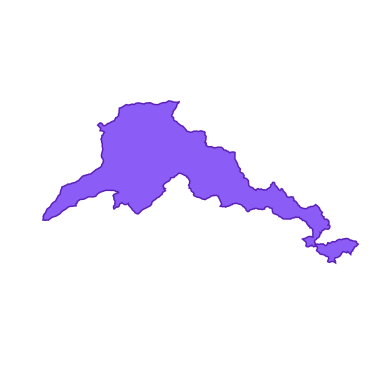 Condesuyos, Arequipa, Peru, rotated 78°
{"feature_id": "86281439B62702709218494", "entity_name": "Condesuyos", "entity_type": "district", "adm_level": 2, "iso_a3": "PER", "parent_name": "Peru", "parent_adm1": "Arequipa", "projection": "robinson", "projection_center": [-72.507, -15.547], "detail": "fine", "context": "isolated", "style": "filled", "palette": "violet", "viewbox_px": 384, "rotation_deg": 78, "n_neighbors": 0, "source": "geoboundaries", "source_scale": "gbopen_adm2", "svg_char_len": 5984}
<svg xmlns="http://www.w3.org/2000/svg" viewBox="0 0 384 384"><g transform="rotate(78 192 192)"><path d="M189.7,338.5L187.6,334.0L187.3,330.0L185.9,325.9L183.8,322.9L182.6,319.4L180.7,315.5L181.4,308.2L179.4,308.0L178.9,306.7L177.6,306.1L176.1,303.3L176.5,299.0L175.2,294.3L176.2,289.9L176.2,287.1L174.3,285.0L173.2,282.3L172.4,276.0L174.1,268.5L174.8,266.8L175.7,266.5L176.2,264.4L176.9,264.0L177.4,263.9L178.1,268.8L179.3,270.0L179.7,269.5L183.0,269.8L185.6,269.1L187.2,269.9L188.3,269.9L189.5,271.6L191.1,272.1L192.4,271.8L190.8,268.6L191.3,268.0L191.0,266.6L188.6,265.0L188.2,263.1L187.8,262.6L190.2,260.8L190.6,258.8L189.9,256.5L191.8,256.7L195.9,254.3L196.9,254.2L199.0,252.5L200.5,252.0L201.9,250.2L202.2,249.0L199.1,244.3L196.8,235.6L195.6,234.1L193.9,233.5L192.4,231.5L191.7,229.3L190.5,227.7L190.0,225.1L188.3,222.7L188.3,221.9L186.3,220.8L185.2,217.7L183.8,218.6L183.1,217.4L182.1,219.0L181.3,218.6L180.1,219.2L178.5,217.7L177.1,214.8L176.6,212.3L174.9,210.4L173.7,209.9L174.0,206.3L172.9,205.4L172.7,204.0L170.9,201.2L171.6,198.8L175.7,193.8L176.7,193.9L177.7,192.7L179.3,192.5L180.0,191.8L183.2,192.6L184.6,194.0L186.3,193.4L187.7,194.0L188.4,192.6L191.0,192.5L193.0,190.6L194.0,190.3L194.9,191.1L196.0,190.8L198.0,188.2L199.4,185.0L200.9,183.6L202.2,180.5L201.1,178.0L201.0,176.1L199.9,174.0L200.0,172.7L199.7,171.7L200.2,171.3L200.0,170.4L200.5,168.5L201.6,167.3L209.0,165.6L210.3,165.7L211.9,167.3L212.2,165.8L212.7,165.5L213.0,162.7L213.8,162.4L213.2,160.4L213.5,159.8L213.0,156.9L212.4,156.0L212.7,155.1L212.0,154.5L212.3,150.8L214.9,146.1L216.9,145.1L217.3,144.2L220.3,142.7L221.3,142.8L222.9,141.4L222.6,140.0L221.8,139.5L221.2,135.2L221.5,134.9L221.1,134.0L221.4,132.4L222.8,130.2L222.7,129.4L223.9,126.6L223.6,125.7L223.8,124.6L222.2,123.8L221.8,121.4L222.6,119.8L223.6,119.5L224.6,117.2L228.2,117.3L229.8,116.9L232.7,112.4L234.2,111.9L234.5,110.8L237.3,108.4L238.9,101.1L238.3,99.0L238.5,96.8L237.9,95.8L238.8,94.4L239.0,92.3L240.4,91.9L241.2,90.5L242.8,89.8L243.0,88.6L245.0,86.8L245.2,86.1L246.7,86.3L248.8,85.3L249.1,84.7L249.6,85.0L250.1,84.3L251.7,84.0L251.6,82.9L254.1,81.5L254.8,82.1L255.8,81.9L261.4,83.2L260.1,85.2L259.9,87.6L260.8,90.6L261.0,93.7L264.2,91.2L265.3,90.8L266.9,91.0L267.9,91.7L269.1,91.5L269.8,89.6L269.2,86.8L269.5,86.3L269.0,85.8L270.9,84.4L270.7,82.7L271.7,80.8L272.9,80.9L275.3,82.4L277.0,80.7L279.3,79.6L281.0,75.7L282.8,74.2L283.2,73.0L284.1,72.0L285.2,72.0L288.2,73.8L289.3,72.4L289.0,69.5L289.8,67.7L291.2,66.3L290.2,66.1L289.7,66.7L288.8,66.2L288.2,66.7L286.8,66.4L286.1,65.6L286.3,63.6L285.5,60.8L284.0,59.0L283.1,58.7L282.4,57.7L282.5,57.3L281.7,56.9L281.9,55.8L283.6,53.3L282.7,52.1L286.1,49.7L284.3,49.0L283.0,47.7L283.0,47.0L281.9,46.7L281.1,45.5L279.6,44.5L279.3,42.6L277.6,40.3L275.7,41.8L274.6,41.6L274.0,42.4L273.5,44.6L272.3,46.0L272.3,47.1L271.4,47.6L269.9,49.5L269.4,51.9L269.7,53.0L269.3,54.2L269.8,55.2L268.9,57.9L269.5,60.4L270.2,61.4L270.4,62.9L269.8,64.5L270.1,66.1L270.8,66.9L270.8,68.4L270.1,68.8L269.9,69.8L271.0,70.2L272.1,71.7L272.1,72.9L269.9,74.6L270.1,75.5L269.5,76.7L269.7,78.4L268.9,80.5L269.6,81.3L269.0,82.5L267.9,81.9L266.6,82.6L264.7,81.9L264.3,80.4L263.4,79.5L262.7,77.5L261.6,76.3L260.2,75.9L259.6,74.9L258.6,75.0L259.0,74.6L258.7,74.0L256.8,72.7L256.5,70.8L255.7,70.1L256.7,66.3L256.0,65.1L254.6,64.3L253.1,64.4L252.6,65.8L252.0,65.0L251.0,64.5L249.7,64.2L248.8,64.8L248.3,64.4L246.5,66.0L246.4,67.7L245.0,68.6L243.8,68.0L243.2,69.0L240.7,70.1L239.1,68.7L237.4,69.9L235.3,70.7L234.4,70.6L231.7,72.2L230.0,73.7L230.8,75.1L231.3,77.3L230.8,78.7L231.3,79.7L231.0,81.3L231.8,82.4L232.0,84.3L230.8,87.3L229.1,89.6L227.7,89.8L226.9,91.0L225.7,91.0L222.6,92.5L221.6,94.3L220.5,93.8L218.0,94.1L217.3,96.0L217.4,98.3L216.3,100.1L212.8,100.7L209.9,102.5L208.1,102.8L207.3,104.0L208.8,105.0L208.4,106.2L204.5,107.9L202.3,109.4L200.4,109.3L199.7,109.7L199.4,111.2L200.9,112.2L201.1,113.3L202.1,113.5L203.5,114.5L205.4,119.3L204.4,122.7L203.3,123.7L203.6,125.4L202.3,126.7L203.0,128.6L203.7,128.8L203.7,129.2L202.6,130.0L201.9,131.2L200.4,131.7L199.0,134.2L197.2,135.1L192.6,134.5L190.3,135.8L188.7,138.5L188.2,138.5L187.1,137.6L185.9,137.8L184.1,138.6L183.3,139.9L182.0,140.9L179.5,139.9L176.9,141.4L173.3,141.7L168.5,143.2L162.3,141.7L161.6,142.8L161.2,144.8L161.3,147.3L159.9,148.0L159.2,149.5L158.1,150.2L157.8,151.9L155.4,153.0L154.4,153.9L153.5,157.5L153.7,160.1L152.9,162.1L151.6,163.6L151.5,165.2L150.7,167.3L149.1,168.6L148.4,168.0L146.7,168.1L146.3,169.2L144.3,167.8L140.4,166.6L138.7,167.5L136.5,166.9L135.6,167.4L134.0,170.7L134.2,173.0L133.4,174.8L132.9,177.5L133.5,180.6L131.2,184.7L130.1,184.8L125.7,187.3L124.9,188.7L122.1,191.3L120.0,192.3L118.6,194.5L117.5,194.9L115.2,194.6L113.9,196.1L112.6,195.8L111.1,194.4L109.1,193.5L106.7,190.6L104.9,189.1L103.3,188.6L101.6,186.0L101.0,185.9L101.3,187.3L100.9,189.0L100.0,191.8L99.3,192.6L98.0,195.8L99.1,198.9L98.6,201.5L98.9,204.7L99.4,206.0L99.3,208.4L98.3,211.2L96.2,214.0L95.9,215.0L95.4,219.3L96.0,220.4L93.7,226.0L93.6,228.5L94.4,230.4L93.6,232.2L93.8,236.3L92.8,238.1L94.8,243.6L94.8,245.6L98.8,246.8L99.4,246.6L100.6,247.8L102.0,247.8L103.4,249.9L103.5,251.2L106.0,253.0L106.7,256.7L107.5,258.3L107.5,260.4L108.6,262.1L109.0,263.7L108.3,265.2L106.5,265.7L105.4,267.0L105.5,268.2L107.0,270.4L110.7,268.0L112.9,269.2L113.7,266.8L115.4,265.2L116.6,266.6L117.8,267.1L118.0,268.4L119.7,268.7L121.5,270.1L122.6,269.7L124.7,270.0L126.3,269.6L128.0,270.3L131.7,270.3L136.9,272.9L139.5,273.2L140.5,272.4L143.6,272.1L143.8,272.6L144.9,272.8L146.4,274.6L147.9,275.1L148.8,276.6L150.3,281.5L153.4,287.4L153.1,289.5L153.5,290.3L153.3,292.0L153.7,292.6L153.5,294.0L153.9,296.0L157.3,300.7L157.7,302.8L158.4,303.8L158.4,307.6L158.9,309.2L158.5,312.1L159.1,313.2L160.2,318.4L161.6,318.8L162.2,319.4L165.2,321.0L166.8,321.3L167.7,323.4L172.4,327.3L173.6,330.3L174.8,332.0L176.9,333.7L178.6,337.4L182.3,340.0L182.9,341.3L185.2,342.8L186.4,342.5L188.3,343.7L189.2,341.3L189.2,339.4L189.7,338.5Z" fill="#8b5cf6" stroke="#5b21b6" stroke-width="1.5"/></g></svg>